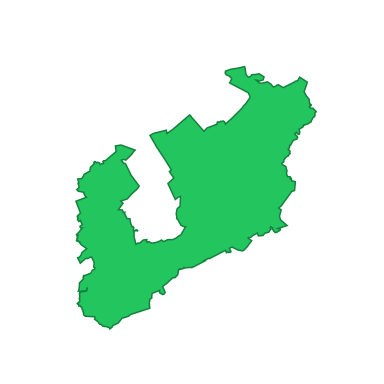 Sahuaripa, Sonora, Mexico (Natural Earth projection), rotated 72°
{"feature_id": "50627088B83077859313792", "entity_name": "Sahuaripa", "entity_type": "district", "adm_level": 2, "iso_a3": "MEX", "parent_name": "Mexico", "parent_adm1": "Sonora", "projection": "natural_earth1", "projection_center": [-108.983, 29.019], "detail": "fine", "context": "isolated", "style": "filled", "palette": "green", "viewbox_px": 384, "rotation_deg": 72, "n_neighbors": 0, "source": "geoboundaries", "source_scale": "gbopen_adm2", "svg_char_len": 6031}
<svg xmlns="http://www.w3.org/2000/svg" viewBox="0 0 384 384"><g transform="rotate(72 192 192)"><path d="M256.5,123.8L255.7,120.2L254.7,119.5L253.3,121.7L253.3,111.9L245.8,116.4L242.1,116.3L236.6,112.7L234.0,114.6L232.9,111.5L222.3,97.0L222.3,94.0L214.2,90.5L212.9,92.3L212.4,93.7L209.7,93.4L210.0,94.4L207.7,94.0L207.0,96.4L203.2,96.4L201.2,95.0L200.2,95.2L196.6,94.9L194.1,97.4L193.3,97.9L192.8,97.9L192.0,97.2L192.0,96.0L191.7,95.5L191.1,95.1L190.1,95.0L189.4,93.8L188.6,93.5L188.7,92.9L188.0,91.8L187.6,90.6L187.6,89.5L186.2,88.0L185.7,86.8L184.7,87.0L184.2,86.4L183.8,86.5L183.0,86.2L181.9,87.0L181.8,87.3L181.1,87.3L180.7,86.8L180.6,86.3L179.5,85.6L179.3,85.2L178.8,84.9L177.8,84.8L177.7,84.5L177.9,84.0L177.5,83.3L174.6,80.3L174.6,79.7L174.0,78.6L174.1,76.0L173.0,74.8L172.3,74.6L171.4,74.8L170.7,75.4L170.0,75.5L169.4,76.2L167.9,76.1L168.1,74.4L167.8,74.1L169.9,73.2L170.2,72.1L168.2,70.9L165.9,71.0L165.1,70.4L165.2,69.0L164.8,68.5L164.7,66.9L163.9,65.8L163.1,65.5L162.6,64.8L162.6,64.5L163.2,64.0L162.9,62.9L163.1,60.7L162.2,58.2L162.2,57.2L161.8,57.0L159.3,54.6L158.5,53.6L158.3,52.4L157.9,51.9L157.1,51.3L154.7,50.7L154.1,49.1L153.3,49.2L152.5,49.8L149.9,51.0L148.9,53.1L147.9,54.2L147.3,54.0L146.6,52.1L146.3,51.8L145.7,51.7L145.0,52.2L145.3,52.9L139.8,52.0L136.1,53.5L131.3,54.4L123.2,48.4L116.0,54.1L118.8,57.1L118.6,59.8L119.0,60.0L120.9,73.0L116.6,76.8L116.8,77.4L116.6,78.4L117.2,79.5L117.3,81.9L115.8,82.9L113.9,83.5L110.5,86.3L110.2,91.6L109.2,94.2L105.4,96.5L106.0,95.1L107.2,94.3L107.4,89.8L104.8,87.9L100.3,91.6L99.8,95.4L98.9,98.9L99.8,100.0L100.2,101.1L100.2,102.7L100.0,103.0L97.3,104.3L92.6,103.7L91.3,103.3L89.0,103.2L88.4,109.9L87.2,117.3L87.3,122.7L88.8,123.6L90.2,123.6L91.6,122.8L93.7,120.2L94.5,120.2L96.0,119.2L96.9,119.5L99.9,122.5L115.0,107.8L119.4,107.3L121.0,108.9L124.2,112.9L126.2,116.7L127.6,118.3L133.1,129.0L137.8,139.2L136.2,139.1L134.5,139.9L134.1,140.3L134.0,141.9L133.7,142.7L134.0,144.8L133.9,145.2L133.2,145.7L133.3,146.1L134.3,147.0L135.5,147.4L135.2,149.9L135.5,150.3L135.7,157.7L137.9,161.9L121.0,169.2L118.6,169.9L118.0,170.5L126.5,190.9L128.6,197.8L125.3,197.3L124.4,209.7L124.5,211.2L125.2,214.5L138.7,211.6L152.0,207.9L164.5,204.8L165.6,207.2L173.2,205.0L176.5,212.3L194.0,210.2L192.6,206.5L192.8,204.3L202.1,207.9L203.0,210.9L204.1,211.8L207.7,213.7L211.6,214.3L212.6,214.8L214.1,213.9L220.4,212.8L220.7,212.2L222.8,210.1L223.1,208.9L229.3,215.8L229.7,218.1L230.9,221.5L231.4,224.9L229.8,229.7L230.4,234.2L228.2,235.9L228.8,238.2L228.9,240.6L228.6,244.6L227.7,247.0L226.2,247.9L225.7,249.2L226.1,250.2L224.8,250.7L223.3,249.7L222.6,253.1L224.2,257.0L224.3,258.6L223.8,259.3L224.5,261.5L216.2,260.9L214.7,260.2L211.2,259.3L211.6,256.6L212.5,255.3L211.4,255.9L211.7,256.2L211.2,256.4L211.4,256.6L211.2,256.9L210.7,257.1L210.9,258.1L210.6,259.7L209.3,259.4L208.2,258.4L206.5,258.8L206.3,259.9L202.2,259.9L198.2,259.3L197.2,262.1L191.7,262.7L191.5,263.1L190.9,262.8L190.5,262.2L190.2,263.7L187.6,263.7L186.1,267.5L181.4,261.1L178.6,262.6L178.6,255.8L175.5,250.5L172.1,243.0L170.1,240.4L157.7,244.6L144.5,246.5L143.3,248.3L139.9,249.3L139.8,247.2L141.2,245.0L137.5,237.6L135.4,234.8L134.6,233.1L125.4,244.9L124.5,250.6L130.1,251.7L135.5,264.8L134.9,266.4L135.7,267.5L136.3,267.1L137.5,267.3L137.6,268.0L137.3,269.2L137.5,270.8L136.8,271.1L135.8,270.9L134.6,272.5L134.6,273.8L133.3,274.5L133.0,275.2L133.5,276.2L134.4,276.2L135.1,276.9L136.1,278.7L137.1,281.0L140.6,282.7L141.8,289.0L145.2,292.4L144.3,296.7L148.4,296.8L148.5,297.7L151.3,297.8L153.0,298.2L154.1,300.9L156.2,299.8L158.8,295.0L160.7,295.3L163.3,294.7L164.4,294.1L164.9,305.2L177.6,304.6L179.4,308.4L179.6,308.2L179.9,308.5L180.3,308.3L180.9,308.7L181.8,308.4L182.2,309.1L183.3,309.4L184.0,308.8L185.1,308.7L184.6,306.8L186.5,306.9L189.2,306.4L190.0,309.2L191.5,309.2L192.2,307.4L195.3,312.1L196.8,315.1L197.7,314.9L198.2,313.7L199.2,315.2L199.9,314.9L200.8,315.2L201.0,316.1L202.1,316.1L202.4,316.8L203.1,316.7L203.8,314.8L204.3,314.9L204.6,314.6L204.9,314.8L205.3,314.0L205.9,314.3L206.4,314.4L208.2,313.5L213.3,309.6L215.4,315.1L217.1,316.5L219.2,319.1L219.1,321.1L225.2,320.2L222.4,313.7L223.0,312.0L222.5,307.7L228.8,306.8L233.0,308.7L233.9,307.8L234.3,308.2L235.3,308.4L235.6,311.0L238.0,313.5L238.2,318.7L238.5,320.1L237.9,320.9L239.5,321.9L241.0,322.0L243.7,327.2L246.2,328.0L250.1,329.8L251.2,330.7L251.4,329.9L252.7,329.6L252.8,329.1L252.2,328.4L252.0,327.4L252.2,326.5L252.9,325.9L252.7,325.4L252.9,324.1L253.2,323.1L252.9,322.6L251.9,322.2L251.0,321.4L251.4,321.3L253.2,322.5L253.6,323.1L253.2,325.5L253.4,326.1L252.5,327.3L252.5,327.7L253.2,329.6L253.6,329.8L253.8,330.5L256.5,330.9L257.3,331.6L258.5,331.6L258.9,332.3L261.0,332.2L261.6,333.0L261.7,333.7L262.3,334.2L262.2,335.2L262.6,335.6L263.2,335.5L263.5,335.1L264.3,334.6L265.5,334.9L265.5,333.5L266.6,333.5L267.7,332.4L269.4,332.8L271.4,332.2L272.1,332.7L272.7,332.4L275.3,333.0L277.2,331.9L280.6,323.1L282.4,323.3L282.8,324.0L286.2,321.6L289.0,320.8L290.1,319.1L291.9,318.4L292.7,317.2L293.5,315.1L295.8,312.4L296.8,312.4L295.9,309.8L295.3,309.4L294.5,308.4L293.9,302.8L290.4,297.5L290.6,290.7L289.5,288.3L289.5,268.1L284.4,266.9L281.2,265.3L280.2,262.8L279.1,262.7L276.1,261.3L275.6,253.2L277.7,254.0L280.4,251.7L280.5,250.1L279.2,248.5L272.8,249.2L271.0,244.0L267.6,236.8L268.3,234.5L267.5,233.4L266.3,231.1L261.8,228.8L261.7,228.5L262.0,227.9L262.0,227.4L261.4,227.6L261.2,227.3L262.0,226.4L262.0,225.2L262.2,224.4L262.0,223.5L261.6,223.4L261.3,222.9L262.0,222.7L263.1,216.9L263.8,215.9L263.8,214.6L261.6,201.1L261.1,201.8L260.1,196.8L260.8,196.2L257.8,178.1L260.4,178.0L260.0,176.3L260.8,176.0L261.2,174.5L260.9,173.5L260.7,173.3L257.1,173.8L256.7,170.8L257.4,170.4L261.5,166.0L263.6,162.3L263.3,160.3L261.2,156.5L256.8,150.3L253.1,152.9L253.0,152.4L253.1,151.1L253.1,149.7L252.3,147.9L251.2,142.6L254.3,142.4L255.3,137.8L253.7,135.6L254.0,131.6L251.8,128.7L250.1,128.7L249.4,127.9L249.6,127.5L250.4,127.4L251.1,126.4L252.0,127.1L253.6,126.2L254.0,126.6L256.4,125.3L256.5,123.8Z" fill="#22c55e" stroke="#15803d" stroke-width="1.5"/></g></svg>